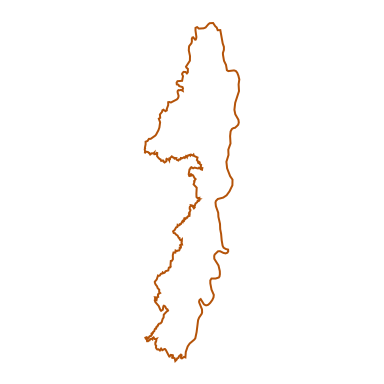 outline of La Dorada, Caldas, Colombia
{"feature_id": "7082276B85380105057389", "entity_name": "La Dorada", "entity_type": "district", "adm_level": 2, "iso_a3": "COL", "parent_name": "Colombia", "parent_adm1": "Caldas", "projection": "equal_earth", "projection_center": [-74.751, 5.53], "detail": "fine", "context": "isolated", "style": "outline", "palette": "amber", "viewbox_px": 384, "rotation_deg": 0, "n_neighbors": 0, "source": "geoboundaries", "source_scale": "gbopen_adm2", "svg_char_len": 6053}
<svg xmlns="http://www.w3.org/2000/svg" viewBox="0 0 384 384"><path d="M183.0,76.1L182.1,80.8L177.5,81.2L176.6,82.7L176.8,84.4L178.4,84.7L179.2,86.1L182.5,87.1L183.0,88.5L182.5,89.9L182.7,90.8L181.0,89.9L179.3,90.3L178.6,90.1L177.9,90.6L177.6,91.3L177.7,92.7L178.6,95.9L178.3,97.4L177.8,98.4L176.9,99.4L170.9,102.5L169.2,102.0L168.2,102.2L168.2,105.1L166.8,108.9L166.8,110.4L165.7,111.0L165.6,110.7L164.5,110.7L163.5,109.7L162.4,110.3L162.0,111.9L159.9,114.5L160.2,117.8L158.8,118.7L160.1,122.3L159.4,127.5L158.4,130.3L156.1,134.6L155.3,135.6L150.6,138.9L148.9,138.9L147.5,141.0L145.6,141.7L145.6,144.4L144.9,147.8L145.1,148.5L144.7,149.2L145.1,151.4L144.8,153.3L145.7,151.8L146.4,151.7L148.1,152.1L149.0,153.1L149.4,153.0L150.2,154.5L151.7,153.3L153.6,153.3L154.2,152.7L154.0,153.6L154.3,154.2L156.4,154.0L156.7,152.9L157.2,153.0L157.1,156.2L158.3,157.7L159.8,159.2L160.5,159.3L161.2,160.9L163.0,160.4L163.4,160.7L163.5,161.6L164.6,162.5L166.3,161.3L166.4,159.9L166.8,159.7L166.4,159.1L166.6,158.8L168.2,159.6L168.7,159.4L169.2,160.3L169.3,158.7L170.0,158.9L170.1,158.0L171.8,156.4L172.6,157.3L173.5,157.4L174.4,158.5L174.9,158.0L176.3,158.1L176.1,158.8L176.8,159.8L178.4,160.5L179.2,159.3L180.2,159.5L180.7,159.1L180.9,158.0L182.5,158.2L184.0,157.2L184.8,157.9L186.0,156.1L186.7,156.9L186.7,156.1L187.5,156.4L188.1,155.4L189.0,155.3L189.4,154.9L190.1,155.0L190.4,155.5L191.0,154.6L192.8,155.5L193.5,154.7L193.8,155.8L197.5,157.5L196.9,160.0L197.4,160.4L198.1,162.3L198.9,161.8L199.6,162.3L199.2,163.0L199.6,163.0L199.7,163.9L201.1,164.9L200.7,166.3L201.3,167.5L201.7,168.1L202.3,168.1L202.0,169.7L200.7,169.2L199.9,168.1L199.0,167.8L198.8,168.3L197.8,168.4L194.6,167.6L193.1,168.3L191.4,167.2L190.6,167.7L190.5,168.6L189.5,169.4L188.7,174.3L189.2,175.6L189.0,176.6L189.7,175.6L190.1,175.6L191.0,174.1L191.3,174.3L191.4,175.5L192.4,175.0L193.1,175.4L194.4,177.9L195.6,179.1L194.1,181.1L194.5,181.7L193.6,184.4L196.7,187.7L196.4,193.6L196.5,197.0L197.5,198.1L199.0,197.9L198.6,198.7L199.8,199.0L199.2,199.3L199.4,200.4L198.7,201.0L197.6,200.9L197.2,202.2L195.5,203.5L195.0,205.2L194.3,205.6L194.7,206.0L194.3,206.7L194.7,207.4L193.9,208.3L192.0,205.4L190.8,205.2L191.0,206.0L189.9,206.7L189.7,207.6L189.7,209.0L190.3,209.5L190.4,210.5L189.6,212.0L189.7,212.6L189.2,212.9L189.7,214.0L189.6,214.7L189.1,214.6L189.4,215.9L187.8,216.4L187.2,217.7L186.5,217.6L185.5,219.0L184.7,218.2L184.3,218.3L183.9,221.0L183.1,220.9L182.9,221.6L182.5,221.1L180.9,224.0L179.7,224.2L179.6,225.1L178.1,225.7L177.6,225.2L177.3,227.0L176.1,227.4L174.6,230.1L173.1,231.3L173.7,233.0L175.1,233.3L175.8,234.4L177.6,235.6L178.7,237.8L179.5,238.0L179.6,239.0L180.4,240.2L181.2,240.2L181.9,239.5L181.8,241.7L181.5,242.2L182.1,244.6L180.6,244.7L180.1,245.2L180.9,246.4L180.9,247.4L180.6,247.9L179.7,247.8L179.6,249.7L179.0,250.5L177.9,250.5L176.9,251.1L175.6,250.5L175.3,252.6L173.5,252.5L172.8,255.1L172.9,259.2L171.9,260.8L170.8,261.0L170.5,265.4L170.7,266.6L170.3,267.3L169.4,267.3L168.8,267.8L168.3,270.4L165.6,271.2L164.7,272.6L163.7,273.1L162.7,272.4L162.3,273.5L160.9,273.8L159.7,275.6L158.5,275.9L158.0,275.6L156.7,279.5L154.8,281.7L154.9,282.8L155.6,284.5L157.1,286.4L157.6,288.0L159.2,289.7L159.2,292.1L160.1,293.0L158.1,294.2L157.9,295.0L158.2,296.9L157.1,297.4L155.0,297.3L155.3,298.0L155.1,298.6L156.7,299.0L156.5,300.2L155.5,299.9L154.8,300.4L155.3,302.0L158.7,306.0L160.3,309.8L161.1,310.8L162.8,309.7L163.4,306.2L163.9,305.7L165.2,306.5L166.1,308.5L167.5,309.4L167.9,310.3L167.5,310.4L167.5,311.1L166.9,311.3L163.8,314.6L163.6,317.5L162.6,319.0L161.7,322.1L160.5,323.4L159.1,323.7L158.1,324.7L158.1,325.4L157.4,325.9L157.4,326.5L156.3,327.1L156.1,328.6L155.4,328.6L154.8,329.2L154.2,331.3L153.2,331.8L152.8,333.1L152.1,333.2L152.0,334.1L151.5,334.0L151.5,335.2L150.8,336.1L149.7,336.2L148.1,338.2L146.7,337.2L145.4,337.7L145.8,338.7L146.4,338.8L146.8,339.4L147.1,341.2L148.0,341.2L148.6,340.5L149.5,340.4L150.1,339.2L150.9,338.9L151.8,338.8L152.4,339.3L152.7,338.0L153.6,337.4L154.6,339.0L155.5,339.2L156.6,338.8L156.2,339.5L156.3,340.7L155.7,342.4L155.4,342.4L155.3,343.8L155.4,344.7L156.2,345.8L155.9,347.1L156.3,348.4L157.3,349.5L158.5,349.3L159.9,350.5L161.1,348.6L162.3,350.2L164.5,349.0L165.1,349.1L165.9,350.1L169.2,356.5L169.6,356.6L170.8,354.9L172.8,355.2L173.0,356.0L172.4,356.3L172.1,357.2L172.3,357.9L174.0,357.9L174.7,358.3L175.3,361.0L176.7,359.6L177.1,358.4L178.4,357.9L178.9,356.4L180.9,354.6L181.6,355.2L180.9,357.5L181.2,358.2L181.9,358.4L184.0,356.9L185.4,357.4L185.8,351.9L187.7,346.4L189.7,343.5L194.3,339.6L195.3,338.3L196.6,332.1L198.1,320.1L199.1,317.6L201.7,313.8L202.1,312.4L202.0,309.4L199.2,302.5L199.1,301.3L199.6,299.9L200.7,299.1L203.9,304.3L205.5,305.2L206.6,305.3L208.3,304.7L210.2,302.9L212.3,300.0L213.5,297.4L213.8,294.9L211.5,289.6L210.3,283.3L210.3,280.4L211.5,278.5L215.7,278.5L218.8,277.5L219.5,276.5L219.9,274.2L219.8,271.1L218.5,265.5L214.3,258.8L214.2,256.0L214.7,254.5L218.0,251.3L220.0,251.2L223.4,252.9L225.6,253.4L227.4,252.7L228.2,251.4L228.1,249.6L225.8,249.0L223.6,247.7L222.6,245.7L221.7,240.4L221.1,233.8L220.2,229.2L220.0,223.9L218.4,216.8L218.2,212.7L215.9,206.2L215.5,202.6L215.9,201.0L217.8,199.0L223.2,197.6L226.6,195.3L229.5,191.3L232.4,185.3L232.5,179.6L230.1,176.1L227.1,168.3L226.4,161.8L228.5,155.0L228.3,149.7L230.5,143.5L230.1,136.1L230.6,131.4L231.9,129.0L233.4,128.1L235.0,127.8L237.1,125.9L238.2,124.7L238.8,122.5L238.4,119.7L235.3,114.3L234.4,109.8L235.2,102.8L239.0,91.1L238.6,84.4L239.3,79.4L238.4,75.7L237.2,72.7L235.8,71.0L234.0,70.4L228.3,71.1L226.9,70.2L226.0,64.9L224.0,60.8L223.0,54.9L222.9,53.0L223.9,49.9L223.9,46.9L222.7,43.4L220.3,30.1L217.7,30.2L216.7,27.5L215.3,26.3L213.1,23.0L209.7,23.2L208.4,24.2L205.6,27.5L203.6,28.3L198.9,28.6L197.1,27.1L195.5,27.9L195.5,30.6L196.4,37.0L196.1,38.8L195.6,39.7L195.1,39.7L193.2,37.3L192.4,37.5L191.8,38.8L191.9,41.5L191.4,43.3L189.3,45.9L189.0,46.9L188.8,50.4L190.0,56.1L189.9,60.7L186.0,66.7L186.4,67.6L187.9,68.9L187.8,72.3L186.9,73.4L185.6,72.0L183.5,71.9L182.2,73.5L182.1,74.2L183.0,76.1Z" fill="none" stroke="#b45309" stroke-width="2"/></svg>